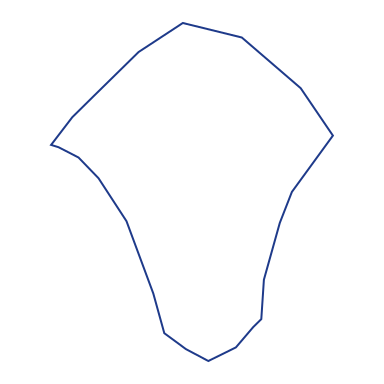 outline of Unjong Dist., P'yŏngan-namdo, North Korea
{"feature_id": "82179303B85891331606678", "entity_name": "Unjong Dist.", "entity_type": "district", "adm_level": 2, "iso_a3": "PRK", "parent_name": "North Korea", "parent_adm1": "P'yŏngan-namdo", "projection": "orthographic", "projection_center": [125.854, 39.212], "detail": "fine", "context": "isolated", "style": "outline", "palette": "blue", "viewbox_px": 384, "rotation_deg": 0, "n_neighbors": 0, "source": "geoboundaries", "source_scale": "gbopen_adm2", "svg_char_len": 391}
<svg xmlns="http://www.w3.org/2000/svg" viewBox="0 0 384 384"><path d="M51.1,144.9L58.5,147.2L78.5,157.5L98.5,178.2L126.5,221.2L153.3,293.5L164.3,333.2L185.9,349.1L208.3,361.0L235.9,347.4L253.2,327.1L261.3,319.1L263.9,279.7L279.8,222.9L291.9,191.9L332.9,135.6L300.7,88.2L241.8,37.5L182.8,23.0L138.6,52.0L94.4,95.4L72.3,117.2L51.1,144.9Z" fill="none" stroke="#1e3a8a" stroke-width="2"/></svg>